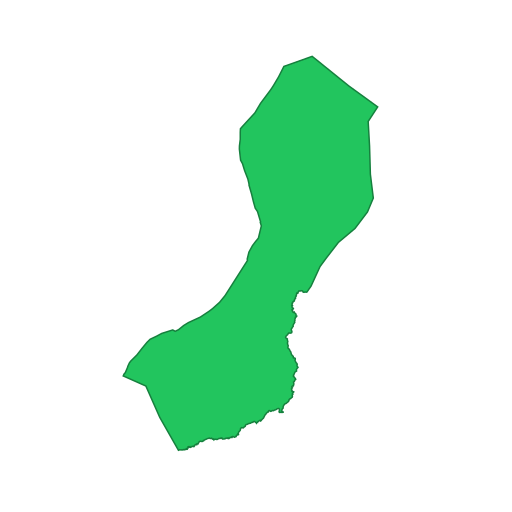 Chuluunxoroot, Dornod, Mongolia, rotated 284°
{"feature_id": "93677404B3333909760593", "entity_name": "Chuluunxoroot", "entity_type": "district", "adm_level": 2, "iso_a3": "MNG", "parent_name": "Mongolia", "parent_adm1": "Dornod", "projection": "orthographic", "projection_center": [114.964, 49.878], "detail": "fine", "context": "isolated", "style": "filled", "palette": "green", "viewbox_px": 512, "rotation_deg": 284, "n_neighbors": 0, "source": "geoboundaries", "source_scale": "gbopen_adm2", "svg_char_len": 5890}
<svg xmlns="http://www.w3.org/2000/svg" viewBox="0 0 512 512"><g transform="rotate(284 256 256)"><path d="M430.1,338.0L443.5,304.8L463.3,262.2L446.7,237.2L435.3,234.6L425.6,231.7L421.0,230.1L405.3,223.5L394.6,220.3L378.1,211.3L375.7,210.1L372.2,210.8L365.4,212.5L358.8,213.3L355.7,214.0L345.2,217.9L342.4,220.5L336.1,224.3L328.7,229.5L323.8,232.0L323.2,232.0L314.9,236.8L308.0,240.4L302.2,243.7L299.5,246.7L290.2,252.2L289.7,252.0L286.5,253.9L273.9,254.0L270.2,252.2L265.3,250.1L258.1,248.2L250.9,248.2L249.6,248.8L210.2,235.6L202.3,231.9L194.6,226.7L191.2,224.0L183.3,216.8L175.0,206.5L171.0,202.6L165.8,198.7L163.4,195.8L164.1,193.1L158.1,183.3L154.2,179.0L149.6,173.4L145.8,171.1L139.1,167.9L131.2,164.4L123.6,159.8L121.6,159.0L117.9,158.3L116.8,158.3L111.2,157.4L109.5,156.5L107.5,156.2L103.2,180.6L76.1,201.7L48.7,227.8L48.8,228.0L49.5,228.6L49.5,229.4L49.8,230.0L49.9,230.6L49.8,231.0L50.0,231.3L50.2,232.1L50.6,232.3L50.6,233.3L51.0,233.6L50.9,234.0L51.3,234.4L51.4,234.9L51.7,235.3L51.8,235.7L52.3,235.2L52.5,235.5L52.2,235.9L53.2,236.2L53.4,236.6L53.8,236.4L54.1,236.2L54.6,236.3L54.7,236.5L54.6,236.9L54.8,237.1L54.9,237.8L55.1,238.1L54.9,238.3L54.4,238.1L54.4,238.4L54.8,238.5L54.7,239.0L55.3,239.7L55.8,240.0L55.9,240.6L56.4,241.3L56.3,241.7L56.1,241.9L56.9,242.3L57.5,242.3L58.0,242.7L58.5,243.2L58.5,243.8L58.9,243.6L59.2,243.7L59.2,244.3L59.6,244.5L59.5,245.1L62.2,245.9L62.8,246.8L62.8,247.3L62.8,247.8L63.0,248.1L63.0,248.6L63.3,249.2L63.6,249.4L64.2,249.5L64.3,250.1L64.9,250.3L66.5,252.4L66.9,252.7L67.3,253.5L68.1,254.8L67.8,255.7L68.0,256.1L68.1,256.7L68.4,256.8L68.5,257.0L68.2,257.3L68.2,257.6L67.8,258.1L68.0,258.4L67.8,258.9L68.2,259.1L68.2,259.4L67.9,259.7L67.6,259.8L68.0,260.1L68.5,261.2L68.6,261.4L68.4,261.9L68.6,262.2L68.7,262.9L70.0,264.1L70.2,264.6L70.1,265.0L70.4,265.6L70.9,265.9L71.0,266.1L70.7,266.7L71.1,267.0L70.6,267.6L70.3,268.0L70.5,268.4L70.6,268.9L71.0,269.7L71.0,270.1L71.6,270.3L71.9,271.2L72.4,272.0L72.2,272.5L72.8,273.0L72.6,273.3L72.2,273.5L72.3,273.9L73.7,274.8L73.7,275.5L74.0,275.6L74.2,275.9L74.6,276.0L74.7,276.3L74.3,276.7L75.3,277.2L75.2,278.0L74.9,278.7L74.9,278.9L75.4,279.6L76.1,280.1L76.1,280.4L76.9,280.4L77.3,280.8L77.6,280.8L78.1,281.4L78.2,281.9L78.4,282.2L78.7,282.2L79.1,281.4L79.9,281.8L81.1,281.8L82.8,282.8L83.8,282.9L84.5,282.7L85.8,283.3L86.0,283.5L86.1,285.2L87.8,286.3L88.0,286.7L88.4,286.8L89.0,286.7L89.8,287.0L90.1,287.3L90.4,288.0L90.9,288.7L91.5,289.1L91.8,289.9L92.2,290.5L92.4,291.1L93.1,291.7L93.6,292.3L93.8,293.2L94.6,293.5L95.0,294.2L95.1,294.5L94.9,295.1L94.5,295.7L94.3,296.5L93.9,296.9L94.7,297.1L94.9,297.3L94.9,297.8L95.4,297.8L95.8,298.0L97.5,299.6L97.7,299.8L97.7,300.0L97.2,300.2L97.0,300.4L97.2,300.6L98.9,301.4L100.6,302.5L103.6,303.1L103.9,303.2L104.6,303.7L106.0,304.1L106.9,304.8L107.5,305.1L107.6,305.7L108.3,305.9L108.3,306.3L108.5,305.8L108.7,305.7L109.1,305.9L109.3,306.2L109.2,306.7L108.8,307.8L108.9,308.1L109.8,309.0L110.1,309.5L110.0,310.0L110.3,310.6L111.0,311.2L111.3,311.9L112.1,312.9L112.6,313.2L113.1,313.9L113.4,314.3L113.6,315.1L113.3,315.6L113.0,315.8L112.2,315.9L111.5,316.2L110.8,316.0L110.2,316.2L110.0,316.5L109.9,316.7L110.0,317.1L110.6,318.5L110.4,319.0L111.3,320.7L111.2,319.9L111.3,319.2L111.8,318.5L113.6,318.4L114.1,318.6L114.9,319.1L116.4,318.8L117.2,318.9L118.5,319.3L119.7,320.0L120.1,320.7L120.4,321.0L121.6,321.8L121.8,322.1L122.9,322.7L123.6,323.0L124.1,322.7L125.4,323.2L125.7,323.5L125.8,324.0L126.1,324.2L127.0,324.6L127.7,325.3L128.7,325.3L129.3,324.9L129.6,324.8L130.6,325.0L131.1,325.7L130.9,325.0L131.1,324.6L131.7,324.6L132.0,324.9L132.7,324.9L132.9,325.4L133.3,325.5L133.4,325.2L133.2,324.7L133.6,324.1L133.6,323.9L133.4,323.6L133.7,323.3L134.3,323.4L135.0,322.9L135.6,322.8L135.9,322.6L136.9,323.2L137.3,322.6L137.7,322.4L138.2,322.5L138.7,323.1L139.1,323.2L139.3,323.4L139.2,323.7L139.3,323.7L141.0,323.7L142.5,323.0L142.8,322.9L143.7,323.6L144.7,323.6L145.2,323.8L145.6,324.3L145.9,324.4L146.7,323.8L147.5,322.6L148.1,322.0L148.2,321.6L148.5,321.3L149.1,321.5L149.6,321.2L150.7,321.6L152.5,321.8L152.9,322.0L154.2,323.2L155.4,322.7L156.8,323.0L157.6,323.5L158.2,323.7L158.8,322.8L159.2,322.5L160.4,322.1L161.0,322.2L161.8,321.4L162.4,320.4L163.1,320.0L164.2,319.0L165.3,319.1L166.0,318.9L166.4,318.3L166.2,317.1L166.2,316.9L167.7,316.4L168.0,315.6L168.7,314.7L169.4,314.0L171.4,312.9L172.4,311.7L173.6,310.9L174.0,309.9L174.6,309.2L174.9,309.1L176.9,308.9L178.0,308.0L178.6,307.9L179.1,307.5L180.6,307.6L182.4,306.6L183.1,306.5L183.2,306.4L183.4,306.0L183.4,305.4L183.5,305.2L184.2,304.4L184.9,304.4L186.1,304.8L187.3,305.7L189.0,306.2L189.3,306.6L189.4,306.9L189.3,307.5L189.7,308.6L190.3,309.2L191.5,309.1L192.9,308.1L193.8,308.0L194.3,308.1L194.7,308.4L195.5,308.5L196.7,309.1L197.5,308.8L198.0,308.8L199.5,309.1L200.9,309.7L202.0,309.2L202.8,309.4L204.0,309.0L205.2,309.2L206.0,309.0L206.4,309.6L207.3,310.1L207.6,310.1L207.7,309.3L207.9,309.2L208.3,309.0L209.0,309.0L209.4,308.7L210.4,306.9L210.8,306.7L210.3,306.2L210.3,305.9L210.4,305.6L210.6,305.4L211.3,305.1L211.5,304.5L211.9,304.5L212.3,303.9L212.7,303.9L213.0,304.1L213.1,304.6L213.9,305.0L214.2,305.0L214.3,304.9L214.4,304.4L214.7,303.6L215.4,303.2L216.1,303.1L216.4,303.4L216.6,303.5L216.8,303.2L216.8,302.7L217.7,302.8L218.2,302.6L218.9,302.8L219.1,302.5L219.8,303.0L220.4,302.9L220.7,303.1L221.5,304.0L221.8,304.1L222.2,303.8L222.7,303.9L223.0,304.1L223.4,304.0L224.6,304.6L224.9,304.3L225.8,304.3L226.8,304.7L227.3,304.4L227.9,304.7L229.1,304.5L229.8,304.5L230.1,304.7L230.1,305.1L229.9,305.3L230.0,305.6L231.4,305.7L232.5,306.1L232.6,307.0L232.9,307.3L232.9,307.9L233.4,308.8L233.3,309.6L232.9,310.1L232.4,310.4L232.3,310.6L232.4,311.1L232.4,311.4L232.9,312.2L233.1,313.7L233.3,314.1L240.1,316.7L261.3,320.7L271.0,324.7L289.2,332.7L306.7,345.4L325.7,353.5L340.6,355.8L363.0,347.2L390.1,339.6L413.7,332.3L430.1,338.0Z" fill="#22c55e" stroke="#15803d" stroke-width="1.5"/></g></svg>